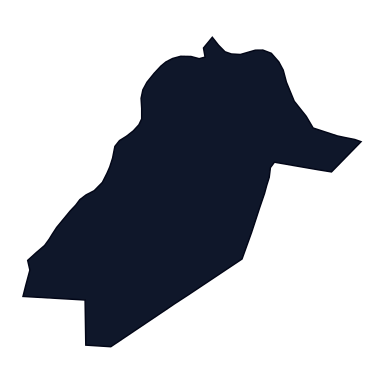 the district of Dois Riachos, Alagoas, Brazil
{"feature_id": "56859067B36293901492377", "entity_name": "Dois Riachos", "entity_type": "district", "adm_level": 2, "iso_a3": "BRA", "parent_name": "Brazil", "parent_adm1": "Alagoas", "projection": "mercator", "projection_center": [-37.069, -9.384], "detail": "fine", "context": "isolated", "style": "filled", "palette": "ink", "viewbox_px": 384, "rotation_deg": 0, "n_neighbors": 0, "source": "geoboundaries", "source_scale": "gbopen_adm2", "svg_char_len": 968}
<svg xmlns="http://www.w3.org/2000/svg" viewBox="0 0 384 384"><path d="M203.5,48.0L205.1,57.1L199.2,58.7L191.0,56.5L180.7,56.3L172.6,58.5L166.0,61.9L161.0,66.0L154.2,73.3L147.0,82.2L142.9,89.8L141.1,98.3L141.7,108.4L141.7,118.9L138.9,124.8L133.3,130.9L126.4,136.3L119.5,140.6L114.9,146.4L112.6,158.1L109.8,166.9L107.0,173.3L102.4,182.4L94.2,190.7L86.1,194.9L79.9,199.6L75.7,205.2L70.3,210.9L56.7,227.4L52.4,234.0L49.2,239.2L44.6,245.5L36.4,252.5L27.7,260.4L29.9,270.1L25.8,285.3L23.0,296.4L85.1,300.0L85.8,345.1L110.8,346.7L168.2,308.1L174.5,303.8L188.2,294.9L242.0,259.0L251.6,232.3L255.9,219.2L259.5,208.1L264.5,193.5L266.7,185.4L269.2,177.4L270.4,167.6L274.4,162.2L318.5,169.8L331.5,171.9L361.0,141.7L354.8,139.5L344.7,137.5L337.2,135.9L313.1,128.0L306.2,116.3L294.2,101.2L286.4,82.2L283.2,70.1L278.8,61.9L271.3,53.3L262.9,50.1L255.3,50.2L240.4,54.5L231.4,54.0L225.0,51.8L218.5,45.2L212.3,37.3L203.5,48.0Z" fill="#0f172a" stroke="#020617" stroke-width="1.5"/></svg>